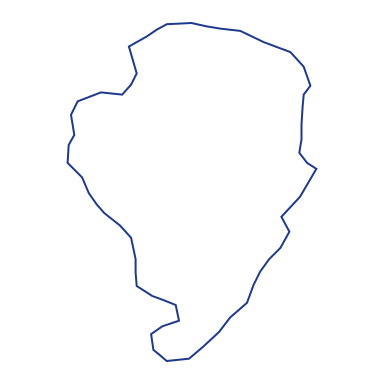 Margo, Cyprus (Albers equal-area conic projection)
{"feature_id": "46923920B73680512248487", "entity_name": "Margo", "entity_type": "district", "adm_level": 2, "iso_a3": "CYP", "parent_name": "Cyprus", "parent_adm1": "", "projection": "albers", "projection_center": [33.485, 35.101], "detail": "fine", "context": "isolated", "style": "outline", "palette": "blue", "viewbox_px": 384, "rotation_deg": 0, "n_neighbors": 0, "source": "geoboundaries", "source_scale": "gbopen_adm2", "svg_char_len": 821}
<svg xmlns="http://www.w3.org/2000/svg" viewBox="0 0 384 384"><path d="M128.9,46.5L136.7,73.4L131.1,84.6L122.2,94.6L101.0,92.4L77.7,101.3L71.0,114.8L74.3,134.9L68.7,145.0L67.6,162.9L82.1,177.4L88.8,193.1L96.6,204.3L104.4,213.2L120.0,225.5L131.1,237.8L135.6,259.1L135.6,272.5L136.7,286.0L152.3,296.0L164.5,300.5L175.7,305.0L179.0,320.7L162.3,326.3L151.1,334.1L153.4,349.8L162.4,357.3L166.7,361.0L189.0,358.7L203.5,346.4L219.1,331.9L230.3,317.3L247.0,302.8L253.6,284.8L260.3,271.4L269.2,259.1L280.4,247.9L289.4,231.7L281.4,216.8L300.0,196.8L316.1,169.3L316.4,168.9L307.1,162.9L299.3,152.8L301.5,139.4L301.5,124.8L302.6,106.9L303.7,94.6L310.4,85.7L303.7,66.7L290.4,52.1L263.6,42.1L240.3,30.9L220.2,28.6L206.8,26.4L191.3,23.0L166.8,24.2L156.7,29.7L146.7,36.5L128.9,46.5Z" fill="none" stroke="#1e3a8a" stroke-width="2"/></svg>